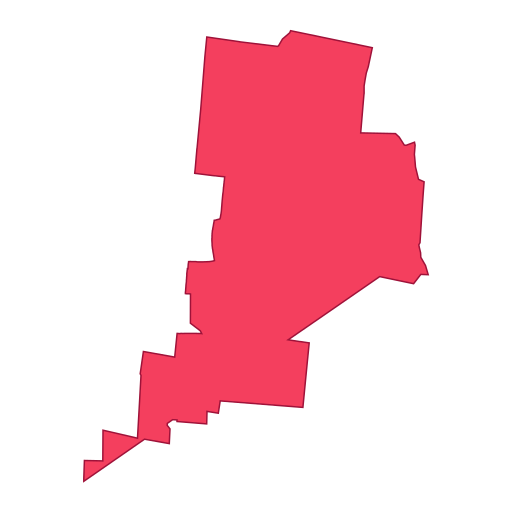 Chikindzonot, Yucatán, Mexico
{"feature_id": "50627088B66284744299832", "entity_name": "Chikindzonot", "entity_type": "district", "adm_level": 2, "iso_a3": "MEX", "parent_name": "Mexico", "parent_adm1": "Yucatán", "projection": "robinson", "projection_center": [-88.567, 20.253], "detail": "fine", "context": "isolated", "style": "filled", "palette": "rose", "viewbox_px": 512, "rotation_deg": 0, "n_neighbors": 0, "source": "geoboundaries", "source_scale": "gbopen_adm2", "svg_char_len": 2956}
<svg xmlns="http://www.w3.org/2000/svg" viewBox="0 0 512 512"><path d="M420.8,257.3L420.6,252.8L419.4,247.8L418.8,244.8L420.0,242.7L421.7,215.9L423.1,195.1L424.1,181.8L418.5,179.3L415.5,167.0L414.7,157.4L414.4,154.5L414.4,154.4L415.1,145.2L414.5,142.2L406.1,145.3L404.3,145.1L399.2,137.1L395.5,133.6L360.7,132.9L363.9,94.9L364.1,93.3L364.1,86.0L365.1,79.7L366.3,73.0L368.3,66.6L372.3,47.7L342.2,41.4L290.6,30.7L289.7,32.8L282.5,39.0L278.7,45.5L277.7,46.4L239.6,41.8L239.5,41.7L206.8,37.0L204.9,56.5L200.7,109.4L197.0,148.7L196.9,148.8L196.7,151.4L195.2,168.7L194.7,173.2L194.7,173.3L195.3,173.4L195.8,173.5L196.1,173.5L197.0,173.6L209.7,175.2L209.9,175.2L212.0,175.5L212.9,175.6L215.0,175.8L215.5,175.8L216.2,175.9L218.6,176.2L219.6,176.3L221.6,176.5L223.8,176.7L224.7,176.9L224.5,177.9L224.5,178.7L224.3,180.7L224.1,182.0L224.1,182.9L223.9,183.9L223.8,185.2L223.7,186.4L223.5,187.4L223.4,188.9L223.2,191.5L223.0,192.8L222.8,194.3L222.6,196.2L222.3,199.5L222.2,200.4L222.1,201.6L222.0,202.9L221.8,205.7L221.7,206.6L221.6,208.0L221.5,209.3L221.4,210.7L221.3,211.6L221.0,213.8L220.7,215.3L220.3,217.8L220.1,218.2L219.9,218.9L219.7,219.0L219.3,219.1L217.2,219.6L215.7,220.1L215.0,220.2L214.2,220.3L214.1,221.4L213.6,223.9L213.3,225.9L212.8,228.4L212.7,229.4L212.4,230.5L212.3,231.6L212.2,232.9L212.1,233.5L212.1,234.9L212.0,235.1L212.0,237.5L212.0,237.9L211.9,238.3L211.9,240.6L212.1,243.8L212.1,245.1L212.1,245.4L212.3,246.9L212.4,247.8L212.5,248.7L212.8,250.0L213.0,251.8L213.5,254.4L213.5,254.6L213.7,255.7L213.8,256.7L214.1,258.3L214.3,259.7L214.5,260.6L212.7,261.1L211.0,261.4L210.0,261.5L209.7,261.6L207.7,261.7L207.4,261.7L205.5,261.8L204.6,261.8L202.9,261.9L201.4,261.9L200.0,261.9L199.7,261.9L197.8,261.9L196.8,261.8L195.9,261.6L194.7,261.6L193.3,261.6L192.0,261.6L191.2,261.6L190.6,261.5L188.6,261.6L188.5,262.6L188.3,263.7L188.2,264.7L188.1,266.3L188.0,267.8L187.9,268.8L187.4,268.7L187.4,268.8L187.3,269.6L187.2,270.3L187.0,272.1L186.8,273.7L186.8,274.4L186.8,275.8L186.7,276.5L186.6,277.8L186.6,278.3L186.5,279.3L186.4,280.6L186.4,281.7L186.2,283.2L186.0,284.9L185.9,286.8L185.7,288.9L185.6,290.9L185.4,292.1L185.4,292.8L185.4,293.6L186.0,293.7L187.0,293.8L189.1,293.8L190.5,294.0L190.4,323.2L200.3,330.8L201.7,333.6L200.8,333.5L199.7,333.5L198.5,333.5L195.4,333.4L194.0,333.4L192.1,333.4L190.7,333.4L190.2,333.4L188.8,333.4L187.1,333.4L185.2,333.4L182.6,333.5L181.6,333.4L181.1,333.4L179.4,333.6L178.4,333.5L177.5,333.4L177.1,333.4L174.7,357.1L143.4,351.5L140.2,373.8L141.0,375.4L139.7,399.0L137.5,437.9L137.5,438.2L103.0,430.2L102.8,460.9L84.4,460.5L83.8,478.4L83.8,481.3L144.5,439.2L169.3,443.6L169.3,443.4L170.0,428.9L167.2,425.3L167.3,423.4L172.6,419.7L177.0,419.9L177.0,421.5L206.7,423.9L207.0,411.4L218.3,413.2L220.2,400.9L302.9,407.4L307.1,364.1L309.2,342.9L300.5,341.6L300.0,341.6L288.1,339.8L306.1,327.4L379.7,276.6L413.6,283.7L420.8,274.4L428.2,274.7L425.5,265.5L420.8,257.3Z" fill="#f43f5e" stroke="#9f1239" stroke-width="1.5"/></svg>